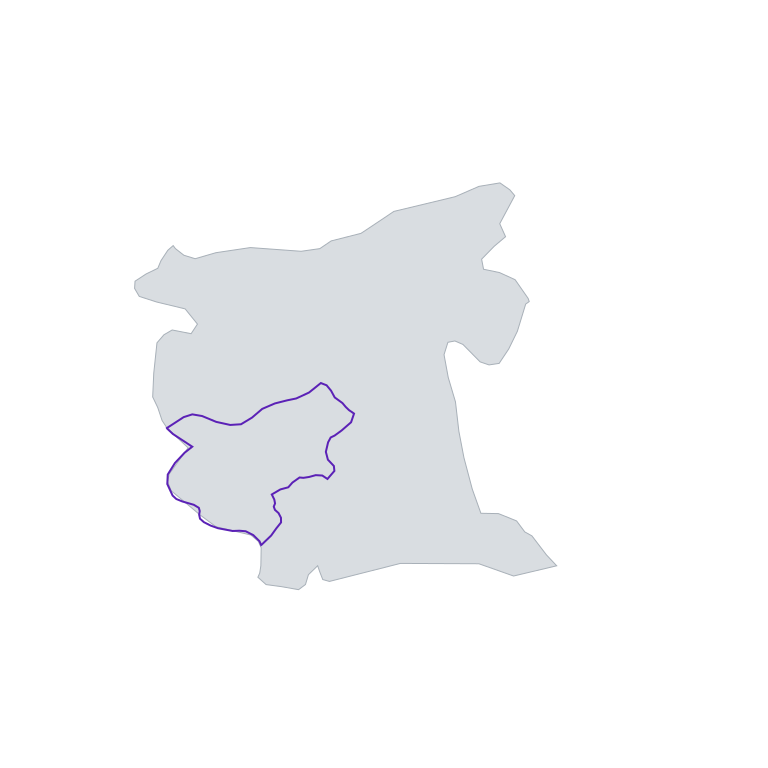 Nikšic on a map of Montenegro (Natural Earth projection), rotated 314°
{"feature_id": "MNE-1514", "entity_name": "Nikšic", "entity_type": "Municipality", "adm_level": 1, "iso_a3": "MNE", "parent_name": "Montenegro", "parent_adm1": "", "projection": "natural_earth1", "projection_center": [18.786, 42.872], "detail": "fine", "context": "in_parent", "style": "outline", "palette": "violet", "viewbox_px": 768, "rotation_deg": 314, "n_neighbors": 0, "source": "natural_earth", "source_scale": "10m", "svg_char_len": 2280}
<svg xmlns="http://www.w3.org/2000/svg" viewBox="0 0 768 768"><g transform="rotate(314 384 384)"><path d="M337.1,136.2L336.5,139.9L337.6,150.6L342.9,161.1L361.7,171.9L389.3,193.1L421.9,232.2L436.8,243.8L450.2,246.6L476.4,262.8L494.6,266.8L515.0,271.2L568.2,305.1L592.1,315.0L609.2,327.7L611.1,339.7L610.3,347.2L579.7,355.9L574.4,369.1L559.6,367.6L541.6,367.5L535.7,375.9L544.4,389.7L550.1,405.9L545.7,428.2L544.2,431.2L539.9,430.4L514.6,443.3L495.8,449.4L478.8,452.5L470.7,446.3L466.7,437.8L467.3,413.3L464.2,405.1L458.4,401.0L446.8,406.8L433.3,425.7L420.8,447.8L402.0,470.7L386.5,492.7L369.7,520.5L358.3,543.5L370.3,556.4L377.6,574.5L375.4,588.0L377.5,595.9L373.9,619.6L373.2,634.5L335.9,610.6L320.6,577.1L266.3,520.4L204.1,481.9L200.8,475.8L204.2,468.4L207.2,462.5L194.3,462.1L185.2,466.8L176.7,465.4L167.0,451.0L157.8,438.5L157.4,427.5L161.6,426.0L167.8,421.6L180.9,409.4L183.5,402.9L182.9,393.2L164.6,362.3L162.0,342.3L159.4,305.1L163.3,296.3L170.0,292.0L202.0,287.4L201.6,258.4L203.6,249.7L209.9,237.6L214.0,226.6L231.8,210.9L255.9,192.1L266.5,191.5L275.7,194.1L286.2,210.3L297.5,208.2L299.9,188.8L285.0,163.4L277.0,147.1L279.5,138.2L285.0,133.5L297.8,136.4L310.1,140.9L317.8,137.9L330.0,135.6L337.1,136.2Z" fill="#d9dde1" stroke="#a8b0b8" stroke-width="1"/><path d="M205.7,289.6L201.4,266.8L201.3,259.0L201.5,258.4L205.7,259.4L221.0,262.9L229.0,267.2L234.6,275.4L240.2,289.6L247.7,301.8L255.7,309.1L268.1,312.4L281.5,313.7L286.1,315.6L294.2,319.0L305.0,325.7L312.6,330.9L325.8,336.0L340.8,337.9L343.2,343.6L342.4,350.6L340.1,357.9L341.4,367.1L341.4,367.6L340.9,372.3L340.9,377.0L341.9,383.0L333.6,386.9L321.1,385.8L312.6,384.3L308.5,382.8L303.2,384.3L294.8,389.3L290.6,396.2L290.2,404.9L287.0,408.7L276.4,409.3L275.3,403.2L271.0,398.2L265.1,394.7L260.5,391.2L258.1,388.2L249.5,386.6L243.2,386.9L236.2,382.7L226.6,380.0L224.7,385.3L222.4,388.6L219.2,389.9L217.7,393.0L217.9,397.8L216.2,402.8L212.9,406.1L207.8,406.6L205.5,406.8L196.6,408.1L183.2,407.6L182.8,407.5L184.4,403.7L184.5,395.0L182.0,386.8L178.0,381.9L173.1,377.2L164.9,364.7L161.7,357.6L159.5,350.4L159.3,345.2L161.6,341.8L164.6,339.7L166.3,336.8L165.0,331.1L159.4,320.5L157.0,314.5L156.9,309.4L161.5,297.6L168.7,291.3L182.0,288.5L196.0,288.3L205.7,289.6Z" fill="none" stroke="#5b21b6" stroke-width="2"/></g></svg>